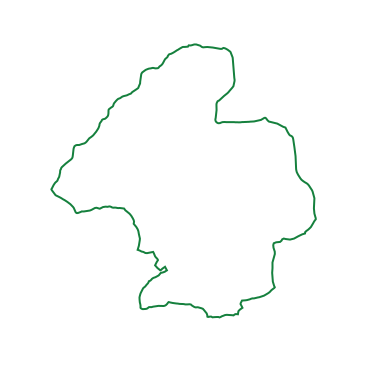 Si Ma Cai, Lào Cai, Vietnam (Albers equal-area conic projection), rotated 55°
{"feature_id": "81297802B8681355150837", "entity_name": "Si Ma Cai", "entity_type": "district", "adm_level": 2, "iso_a3": "VNM", "parent_name": "Vietnam", "parent_adm1": "Lào Cai", "projection": "albers", "projection_center": [104.253, 22.664], "detail": "fine", "context": "isolated", "style": "outline", "palette": "green", "viewbox_px": 384, "rotation_deg": 55, "n_neighbors": 0, "source": "geoboundaries", "source_scale": "gbopen_adm2", "svg_char_len": 5954}
<svg xmlns="http://www.w3.org/2000/svg" viewBox="0 0 384 384"><g transform="rotate(55 192 192)"><path d="M317.5,178.8L316.1,178.6L311.8,177.2L304.2,172.7L300.5,169.7L295.9,166.5L290.3,159.7L288.3,158.4L284.4,157.2L282.1,155.9L280.9,154.4L281.5,151.9L283.4,148.5L283.2,146.6L282.5,145.2L282.8,143.5L284.2,142.3L287.2,139.0L288.7,135.1L289.2,130.4L289.9,126.0L290.8,123.2L289.8,122.4L289.8,122.0L289.5,120.8L289.5,118.7L289.3,117.0L288.9,114.7L287.1,110.7L286.4,109.3L285.9,108.1L285.4,106.4L285.3,106.2L284.6,105.8L284.0,105.5L283.6,105.4L279.9,104.1L275.3,101.5L267.3,95.3L260.9,93.0L259.5,92.7L253.6,92.5L251.9,92.7L250.6,93.1L248.7,94.0L246.8,94.7L244.8,95.3L242.9,95.4L238.7,95.2L235.9,94.8L234.3,94.2L233.0,93.6L222.0,86.6L214.2,82.5L207.0,78.9L205.8,78.4L205.1,78.2L204.2,78.2L203.3,78.4L201.7,79.3L201.1,79.4L199.9,79.4L197.4,79.2L192.8,78.5L190.9,79.9L184.9,82.9L179.4,87.7L178.6,88.5L177.6,88.8L176.6,89.0L174.1,89.1L173.4,89.3L173.1,89.6L172.8,90.2L172.5,94.2L169.8,100.7L168.0,103.6L167.1,105.2L164.3,109.6L163.5,110.8L162.6,112.5L159.9,116.3L158.7,117.7L154.9,123.2L153.2,125.4L152.5,126.5L152.2,127.1L151.9,128.1L151.6,129.5L151.1,130.5L150.6,131.1L150.2,131.4L149.6,131.7L148.3,132.0L147.8,132.0L147.0,131.8L146.4,131.5L145.8,131.1L144.9,130.1L139.0,124.9L134.5,121.9L133.7,121.2L133.3,120.7L133.0,120.1L132.4,119.1L132.4,118.2L132.6,117.3L131.7,110.7L131.4,106.2L131.0,104.2L130.8,103.7L129.7,99.3L129.1,97.4L125.4,93.4L124.4,92.7L122.8,91.9L105.6,81.8L104.9,81.5L99.6,80.2L99.0,80.2L95.9,81.2L93.6,82.3L92.2,83.4L92.0,83.8L91.9,84.5L91.9,85.3L91.6,85.9L90.9,86.8L85.6,92.1L82.0,96.3L80.5,98.8L80.2,99.4L79.7,100.1L78.7,100.8L76.8,101.4L73.6,103.9L73.2,104.4L72.4,105.6L71.6,108.1L71.1,109.2L70.0,110.6L70.6,112.0L69.2,114.4L67.9,116.4L67.8,116.9L67.5,120.2L67.5,121.5L67.3,122.9L67.2,126.4L67.1,127.6L66.8,129.8L66.4,130.8L66.1,131.9L66.2,132.2L66.7,133.8L67.1,134.2L67.4,134.9L67.7,137.5L67.8,138.0L68.9,140.2L69.5,141.3L70.2,142.9L70.5,144.2L70.6,145.7L70.5,146.3L70.7,147.2L71.0,147.9L71.0,148.5L71.0,148.9L70.8,149.3L70.0,150.7L69.5,151.3L68.3,152.4L67.7,153.2L67.1,154.8L66.2,156.6L65.9,157.7L65.5,159.4L65.4,160.0L65.5,164.1L65.7,164.7L66.0,165.4L66.4,166.0L71.4,170.7L72.3,171.5L73.0,172.0L73.4,172.4L74.8,174.7L75.9,176.3L76.0,176.7L76.0,178.6L75.9,182.9L75.9,183.7L76.0,184.4L76.3,185.2L76.3,185.8L75.7,188.1L75.6,189.3L75.2,190.6L74.4,192.6L73.9,194.3L73.9,196.8L73.8,197.5L73.4,198.9L73.4,199.6L73.5,200.5L73.8,202.0L74.6,204.9L74.9,205.5L76.2,207.2L76.4,207.7L76.5,208.4L76.4,209.9L76.5,210.9L76.5,212.0L76.6,212.6L76.8,213.1L77.3,213.6L79.6,215.3L80.8,216.4L81.3,217.1L81.7,218.0L81.9,219.0L82.1,220.3L82.1,221.3L81.4,223.2L81.3,224.0L81.5,224.7L82.0,225.5L82.7,227.7L83.1,228.4L83.5,228.9L84.5,229.8L85.7,231.5L86.2,232.4L87.6,235.8L88.9,240.4L89.0,241.4L89.1,242.8L89.1,245.4L90.3,249.4L90.5,250.7L90.5,251.3L90.5,251.9L90.4,252.4L89.6,254.6L89.1,256.4L88.8,257.4L87.6,259.2L87.3,259.8L87.1,260.6L87.1,261.7L87.1,262.0L87.3,262.3L87.5,262.6L88.3,263.8L89.1,264.6L93.3,268.3L94.8,269.7L95.4,270.5L95.7,271.3L95.9,272.2L96.2,277.2L96.3,279.1L96.8,282.9L97.0,284.4L97.3,285.2L97.4,285.5L98.0,286.1L98.4,287.1L99.2,288.0L100.3,288.8L101.7,290.3L103.4,292.1L104.5,294.3L105.5,295.7L105.7,296.7L105.9,298.6L106.3,299.8L106.9,301.3L108.6,304.5L109.1,305.6L109.6,305.7L110.0,305.8L116.2,305.6L116.4,305.5L116.8,305.4L119.1,304.1L121.6,302.8L124.7,301.5L125.1,301.2L128.6,299.8L132.3,298.6L136.1,298.0L137.3,298.0L141.8,298.9L142.0,298.9L142.4,298.8L143.0,298.6L143.4,298.2L143.5,297.8L143.8,297.4L144.5,294.7L144.6,294.0L144.7,293.4L145.1,292.9L145.9,291.8L148.6,286.3L149.0,284.6L149.4,280.9L149.5,280.5L150.2,279.2L152.5,277.4L152.8,277.1L153.3,273.5L154.5,271.1L155.7,269.7L156.3,268.2L156.6,267.7L157.1,267.3L158.1,266.6L158.9,266.3L160.0,265.1L160.4,264.3L161.2,263.3L162.2,262.4L162.9,261.6L163.7,260.3L166.6,257.1L168.8,257.1L169.1,257.0L170.4,256.6L171.2,256.4L173.6,255.7L175.0,255.5L176.8,255.4L179.6,255.6L181.6,255.9L183.1,256.5L183.9,257.3L184.6,258.0L188.8,257.7L191.4,257.9L193.3,258.4L195.9,259.6L200.3,261.4L201.6,262.5L205.6,266.4L208.2,269.7L209.8,268.5L211.8,267.5L213.2,266.2L215.2,265.2L216.3,263.9L218.8,258.2L220.3,258.4L223.4,259.1L224.7,259.1L226.5,258.8L227.7,258.8L228.3,259.0L229.2,261.2L230.9,264.3L234.4,263.9L238.0,262.9L238.1,262.4L237.8,260.1L237.8,257.0L241.8,257.5L241.7,258.7L241.7,260.1L241.3,261.6L241.0,262.5L240.6,263.3L240.4,264.1L240.5,264.4L240.7,265.2L241.1,266.6L241.2,267.3L241.0,269.3L240.8,270.9L240.3,272.6L240.2,273.2L240.2,273.8L240.2,274.7L240.5,275.6L240.7,276.8L240.6,277.6L240.4,278.1L240.4,278.6L240.8,279.0L241.5,280.4L242.0,282.7L242.4,283.9L242.6,284.8L242.7,286.6L242.9,287.4L244.6,290.6L245.6,292.4L247.5,294.7L248.4,295.6L250.3,296.8L252.4,298.0L254.4,298.8L255.6,299.4L257.3,300.6L257.8,300.6L258.5,300.3L259.3,299.9L259.8,299.4L261.4,296.7L261.7,295.8L261.7,294.2L261.6,293.5L262.0,292.7L262.2,292.4L263.1,291.2L263.6,289.7L266.1,284.7L267.3,283.1L269.2,280.5L269.6,279.2L269.7,278.3L269.4,276.5L268.8,274.8L268.8,274.2L270.1,273.1L271.8,271.5L274.3,268.8L275.3,267.6L276.5,266.4L279.1,263.0L280.2,262.0L281.2,260.6L282.6,258.3L283.6,257.4L284.8,257.2L287.2,256.2L287.9,255.8L288.8,255.0L289.2,254.2L289.9,253.2L291.0,252.3L292.7,250.9L293.9,250.1L295.5,249.9L299.9,249.6L302.1,250.3L302.5,250.7L303.1,250.9L303.9,250.0L304.2,249.1L305.0,247.8L306.4,247.1L306.7,246.5L306.9,246.2L307.9,244.5L309.5,242.1L310.5,241.4L310.8,240.3L310.9,238.9L311.4,237.1L311.7,235.7L312.3,234.4L313.0,233.4L313.6,232.7L316.0,229.7L316.8,228.9L316.9,228.7L316.8,228.1L316.9,226.6L317.6,225.5L318.5,224.5L318.3,224.3L316.3,222.4L316.0,221.3L315.8,219.9L315.8,217.4L315.8,217.1L314.0,216.8L311.6,216.5L311.2,216.1L310.9,215.7L309.6,213.3L311.3,210.5L312.1,208.9L313.1,206.1L313.4,204.6L314.0,203.2L314.7,202.3L316.1,198.7L316.8,197.2L318.2,192.5L318.4,190.2L318.6,187.3L318.5,185.6L318.0,183.4L317.9,182.1L317.8,179.6L317.5,178.8Z" fill="none" stroke="#15803d" stroke-width="2"/></g></svg>